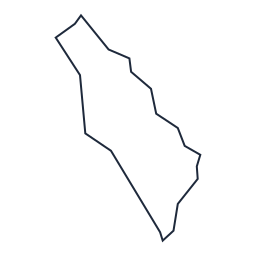 SVG path tracing the border of Las Pinas
{"feature_id": "PHL-5556", "entity_name": "Las Pinas", "entity_type": "Highly Urbanized City", "adm_level": 1, "iso_a3": "PHL", "parent_name": "Philippines", "parent_adm1": "", "projection": "albers", "projection_center": [121.001, 14.452], "detail": "fine", "context": "isolated", "style": "outline", "palette": "slate", "viewbox_px": 256, "rotation_deg": 0, "n_neighbors": 0, "source": "natural_earth", "source_scale": "10m", "svg_char_len": 364}
<svg xmlns="http://www.w3.org/2000/svg" viewBox="0 0 256 256"><path d="M55.7,37.6L74.9,23.8L81.0,15.4L108.6,49.5L129.4,58.4L131.1,71.8L151.0,88.8L156.2,113.7L177.8,128.0L184.7,145.9L200.3,154.8L196.8,166.4L197.7,178.9L177.8,203.9L173.5,230.7L162.7,240.6L160.1,232.2L111.0,150.8L85.3,133.4L80.0,75.1L55.7,37.6Z" fill="none" stroke="#1e293b" stroke-width="2"/></svg>